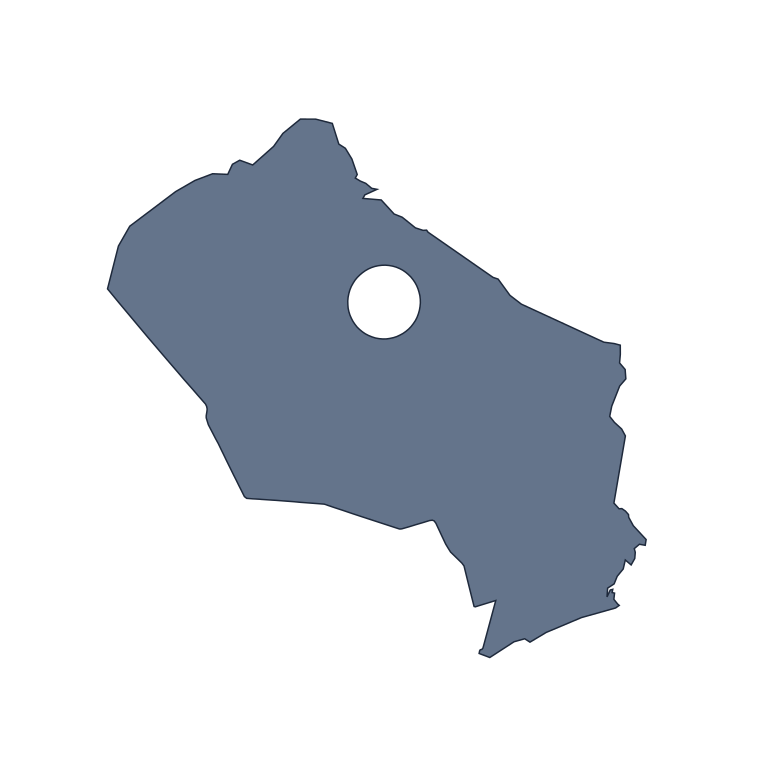 Qyzylorda, Albers equal-area conic projection, rotated 13°
{"feature_id": "KAZ-3197", "entity_name": "Qyzylorda", "entity_type": "Region", "adm_level": 1, "iso_a3": "KAZ", "parent_name": "Kazakhstan", "parent_adm1": "", "projection": "albers", "projection_center": [63.953, 45.065], "detail": "fine", "context": "isolated", "style": "filled", "palette": "slate", "viewbox_px": 768, "rotation_deg": 13, "n_neighbors": 0, "source": "natural_earth", "source_scale": "10m", "svg_char_len": 3180}
<svg xmlns="http://www.w3.org/2000/svg" viewBox="0 0 768 768"><g transform="rotate(13 384 384)"><path d="M275.9,526.3L274.6,525.7L273.3,525.1L268.6,519.4L265.1,515.2L261.6,510.9L258.0,506.6L254.5,502.3L250.9,497.9L247.3,493.5L243.8,489.1L240.2,484.7L235.9,479.3L232.4,475.4L229.1,471.5L222.0,463.2L218.4,457.0L217.9,454.9L217.6,450.3L217.3,448.1L216.2,445.7L214.6,443.7L210.7,440.9L205.3,437.0L197.9,431.6L188.8,425.1L178.5,417.5L167.2,409.2L155.3,400.4L143.0,391.3L130.8,382.1L118.9,373.1L107.5,364.5L97.1,356.5L93.2,353.5L94.2,309.3L100.8,287.4L137.7,243.4L154.0,228.2L169.7,217.7L184.6,214.9L186.9,204.0L193.1,198.4L206.8,200.1L223.0,177.3L229.1,162.6L242.9,144.7L257.9,141.3L275.0,141.7L286.0,160.4L293.3,163.0L302.1,172.0L310.8,185.9L309.7,189.8L315.3,191.6L321.1,192.6L328.0,196.1L333.4,195.9L322.8,204.0L321.7,207.9L339.9,205.3L355.6,216.1L364.2,217.4L379.5,224.8L387.5,225.5L390.9,224.5L392.8,226.2L466.3,255.6L471.6,256.1L486.8,269.3L499.9,275.3L588.8,293.8L599.2,292.8L605.5,293.0L607.6,301.9L608.8,310.5L615.7,315.6L618.5,324.6L614.1,332.9L610.9,354.3L611.2,364.8L617.2,369.6L625.7,374.4L630.9,380.3L634.8,448.3L641.1,452.7L643.8,451.9L647.8,453.5L651.6,456.2L652.4,458.8L658.8,466.0L674.4,476.6L674.8,482.4L668.9,482.7L664.9,488.1L666.7,491.5L667.6,497.6L665.5,504.7L658.7,501.2L658.7,510.4L654.5,518.9L653.2,527.0L647.8,532.6L649.2,541.3L650.8,533.8L653.1,532.6L653.2,535.9L655.7,535.9L656.4,542.1L661.1,545.8L663.0,546.8L660.1,550.1L628.9,567.2L597.9,589.6L584.3,602.7L578.4,600.6L568.7,605.9L548.6,626.7L543.5,626.0L537.3,625.2L537.2,622.5L537.4,621.9L537.6,621.3L538.4,620.9L539.1,620.6L539.4,619.8L539.8,619.1L539.9,616.7L540.0,614.3L540.8,592.1L541.6,569.8L532.3,575.2L523.0,580.6L522.4,580.5L521.8,580.5L517.4,571.9L512.3,561.9L508.6,554.6L502.9,543.3L501.5,542.1L500.2,541.0L493.5,536.9L486.7,532.8L483.4,529.5L480.1,526.1L473.0,517.1L465.9,508.0L464.8,507.1L463.7,506.1L462.7,506.0L461.7,505.8L460.5,506.3L459.3,506.7L453.1,510.3L446.7,513.9L440.5,517.5L434.0,521.1L432.9,521.5L431.7,521.8L428.2,521.5L419.2,520.7L410.2,519.9L401.2,519.1L392.2,518.3L382.4,517.4L372.5,516.4L362.6,515.5L352.8,514.5L346.8,515.4L340.9,516.3L335.0,517.2L329.1,518.1L323.1,518.9L317.2,519.8L311.3,520.7L305.3,521.6L301.7,522.2L298.0,522.8L294.3,523.4L290.6,524.0L288.4,524.3L286.1,524.7L283.8,525.1L281.5,525.5L276.1,526.3L275.9,526.3ZM365.4,341.1L369.1,340.9L372.7,340.4L376.3,339.5L379.6,338.2L382.8,336.7L385.8,334.9L388.6,332.7L391.2,330.4L393.6,327.7L395.7,324.9L397.5,321.9L399.0,318.6L400.3,315.2L401.2,311.7L401.7,308.0L401.9,304.3L401.7,300.5L401.2,296.8L400.3,293.3L399.1,289.9L397.5,286.7L395.7,283.6L393.7,280.8L391.3,278.1L388.8,275.8L386.0,273.6L383.0,271.8L379.9,270.2L376.6,268.9L373.2,268.0L369.6,267.4L365.9,267.2L362.2,267.4L358.6,267.9L355.2,268.8L351.9,270.0L348.7,271.5L345.7,273.3L342.9,275.4L340.3,277.8L338.0,280.4L335.9,283.2L334.0,286.2L332.4,289.4L331.2,292.8L330.2,296.3L329.6,300.0L329.4,303.7L329.5,307.5L330.0,311.2L330.9,314.7L332.0,318.2L333.5,321.4L335.3,324.5L337.4,327.3L339.7,330.0L342.3,332.4L345.0,334.6L348.0,336.4L351.2,338.0L354.5,339.3L358.0,340.2L361.7,340.8L365.4,341.1Z" fill="#64748b" stroke="#1e293b" stroke-width="1.5"/></g></svg>